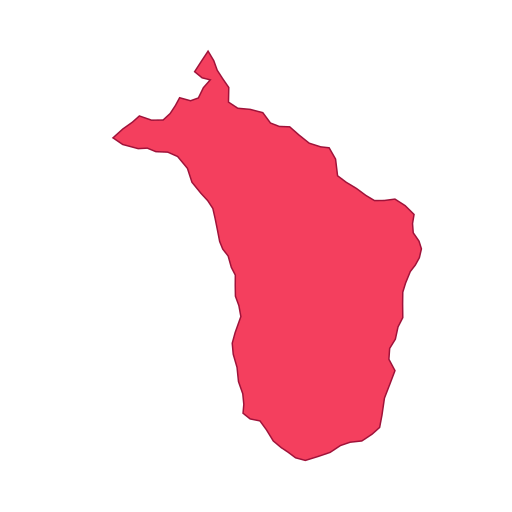 São Sebastião do Anta, Minas Gerais, Brazil (Mercator projection), rotated 200°
{"feature_id": "56859067B14262855258372", "entity_name": "São Sebastião do Anta", "entity_type": "district", "adm_level": 2, "iso_a3": "BRA", "parent_name": "Brazil", "parent_adm1": "Minas Gerais", "projection": "mercator", "projection_center": [-41.947, -19.506], "detail": "fine", "context": "isolated", "style": "filled", "palette": "rose", "viewbox_px": 512, "rotation_deg": 200, "n_neighbors": 0, "source": "geoboundaries", "source_scale": "gbopen_adm2", "svg_char_len": 1435}
<svg xmlns="http://www.w3.org/2000/svg" viewBox="0 0 512 512"><g transform="rotate(200 256 256)"><path d="M371.1,432.1L374.1,419.6L376.7,408.2L367.6,405.0L359.2,405.9L363.0,396.2L364.2,384.8L370.6,379.5L381.9,378.6L383.2,369.8L385.4,360.5L389.8,352.0L400.6,347.9L413.5,347.7L417.9,339.5L424.6,329.8L430.8,318.1L419.4,315.2L403.4,316.6L395.0,320.2L385.8,319.8L374.5,323.4L363.7,322.7L350.4,314.9L341.4,303.4L329.2,296.1L320.3,291.5L312.8,285.9L307.2,277.2L300.8,266.7L295.1,257.2L289.6,251.1L282.2,246.5L275.3,236.9L268.9,231.0L265.5,221.4L261.6,211.2L255.1,203.5L249.5,193.9L249.4,176.9L248.5,165.9L243.8,155.9L235.7,144.8L229.5,132.0L221.3,122.0L216.7,112.4L214.4,103.8L205.8,100.9L195.9,102.4L186.8,96.3L176.5,88.1L166.6,84.5L158.7,82.6L149.8,79.9L139.7,80.8L128.9,89.0L119.2,96.8L111.8,106.8L103.9,113.2L93.3,118.4L85.9,128.4L81.2,137.2L83.2,149.5L86.7,166.4L86.4,181.6L86.2,195.8L95.8,204.4L98.8,214.9L96.6,225.5L98.3,237.9L97.0,248.3L101.9,261.3L105.7,272.2L106.2,281.8L105.7,294.2L103.2,302.0L101.9,310.2L103.0,319.3L107.9,325.7L116.2,331.6L120.0,340.0L121.7,349.1L133.0,354.3L144.9,357.0L154.5,352.0L163.6,348.6L173.5,350.5L184.6,353.8L196.4,356.1L206.8,359.3L214.4,374.3L224.3,382.7L232.5,380.7L244.6,380.2L257.3,384.5L268.5,388.9L278.5,385.7L287.9,385.9L298.6,393.0L311.6,391.8L323.7,388.6L334.5,391.2L339.2,405.0L348.2,411.4L356.0,417.3L362.5,425.1L371.1,432.1Z" fill="#f43f5e" stroke="#9f1239" stroke-width="1.5"/></g></svg>